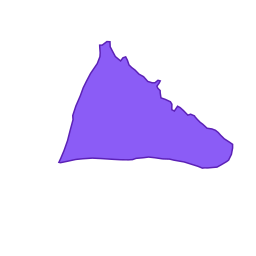 Fenetoe, Grand Kru, Liberia, rotated 235°
{"feature_id": "62588387B87662048762198", "entity_name": "Fenetoe", "entity_type": "district", "adm_level": 2, "iso_a3": "LBR", "parent_name": "Liberia", "parent_adm1": "Grand Kru", "projection": "orthographic", "projection_center": [-8.376, 4.908], "detail": "fine", "context": "isolated", "style": "filled", "palette": "violet", "viewbox_px": 256, "rotation_deg": 235, "n_neighbors": 0, "source": "geoboundaries", "source_scale": "gbopen_adm2", "svg_char_len": 1319}
<svg xmlns="http://www.w3.org/2000/svg" viewBox="0 0 256 256"><g transform="rotate(235 128 128)"><path d="M44.0,192.0L47.1,197.6L51.6,202.2L54.6,204.3L58.2,203.0L64.1,200.6L69.1,199.7L72.6,199.3L76.0,198.3L79.1,196.2L82.5,192.6L88.2,191.4L91.5,190.3L92.3,190.2L95.1,189.7L98.8,189.3L99.8,189.4L103.4,187.2L104.2,184.4L110.6,183.4L114.8,182.4L117.4,181.1L115.3,175.7L117.8,174.4L119.0,175.2L122.3,177.6L125.2,177.8L130.0,175.0L133.8,172.3L138.2,174.5L140.3,175.8L143.4,175.2L145.7,175.7L146.9,179.2L148.1,181.4L149.9,179.9L149.6,176.0L151.1,173.8L154.8,170.9L161.1,170.2L165.8,167.9L171.4,167.0L175.4,165.7L179.1,165.0L183.9,166.4L187.6,166.9L188.4,164.2L187.2,160.4L193.8,158.6L199.5,159.3L204.8,160.0L209.0,162.7L210.9,160.3L210.7,154.4L212.1,152.3L210.7,151.4L205.5,148.3L202.5,145.9L198.4,139.8L194.2,128.7L190.2,120.9L186.7,114.5L181.6,107.2L175.9,97.9L169.9,89.9L166.3,87.7L159.6,79.7L152.3,71.2L146.3,62.8L141.7,55.5L139.5,51.7L138.3,52.8L135.5,59.3L132.4,66.7L131.8,67.9L128.7,73.4L123.8,81.5L118.2,88.7L110.9,97.8L106.2,103.8L101.6,110.2L99.5,113.6L98.5,117.2L94.7,123.8L92.4,128.2L88.1,133.1L82.9,138.6L81.3,140.7L78.7,144.2L75.3,147.2L68.0,154.5L59.8,160.8L56.4,163.4L52.5,165.9L51.6,167.6L49.4,170.7L44.9,178.5L44.4,183.2L43.9,189.6L44.0,192.0Z" fill="#8b5cf6" stroke="#5b21b6" stroke-width="1.5"/></g></svg>